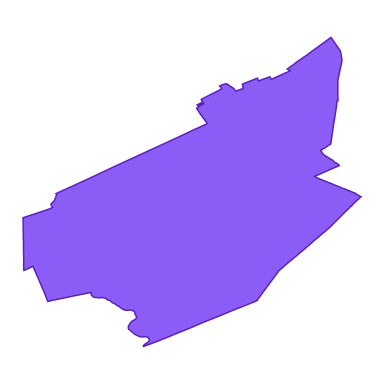 Valeni, Olt, Romania
{"feature_id": "2599482B13933733442001", "entity_name": "Valeni", "entity_type": "district", "adm_level": 2, "iso_a3": "ROU", "parent_name": "Romania", "parent_adm1": "Olt", "projection": "robinson", "projection_center": [24.773, 44.228], "detail": "fine", "context": "isolated", "style": "filled", "palette": "violet", "viewbox_px": 384, "rotation_deg": 0, "n_neighbors": 0, "source": "geoboundaries", "source_scale": "gbopen_adm2", "svg_char_len": 5869}
<svg xmlns="http://www.w3.org/2000/svg" viewBox="0 0 384 384"><path d="M257.3,300.4L257.6,299.6L269.2,283.9L278.9,270.8L287.7,263.1L302.2,251.0L315.2,239.7L318.6,237.0L318.7,236.8L323.8,232.3L324.2,232.2L326.1,230.6L329.7,227.5L334.5,222.6L337.8,219.4L338.7,218.4L340.1,217.1L341.6,215.5L342.7,214.4L343.9,213.2L344.8,212.2L347.8,209.5L348.8,208.5L349.3,208.0L349.9,207.0L350.2,206.8L351.6,206.1L351.8,205.8L352.2,205.2L352.8,204.4L353.8,203.5L354.6,202.5L355.1,202.1L356.1,201.4L356.5,201.0L356.6,200.8L357.8,199.7L358.8,198.9L359.2,198.5L359.6,198.1L360.3,197.4L360.6,197.0L361.0,196.8L359.2,195.7L358.1,195.2L357.0,194.5L356.3,194.1L356.0,193.9L355.8,193.6L355.6,193.4L355.3,193.2L354.9,193.0L354.5,193.0L352.6,192.3L352.1,192.0L349.8,191.0L347.9,190.4L347.3,190.0L346.5,189.7L344.2,188.8L343.0,188.4L341.8,188.0L341.4,187.8L340.1,187.1L339.1,186.8L338.3,186.4L338.0,186.3L337.4,186.1L335.4,185.3L333.1,184.4L331.7,183.7L330.1,183.1L329.7,183.0L329.2,182.8L325.1,181.1L324.6,181.0L324.0,180.7L323.8,180.6L321.8,179.8L320.7,179.4L319.0,178.7L317.8,178.3L316.1,177.2L314.8,176.3L316.7,175.5L327.5,170.7L333.7,168.0L339.3,165.6L339.1,165.2L338.6,164.7L338.1,164.4L337.8,164.2L336.7,163.1L336.3,163.0L335.9,163.1L335.5,163.1L335.4,163.0L334.7,162.2L333.5,161.1L333.0,160.6L332.2,160.0L331.8,159.7L331.1,159.4L330.2,158.9L329.6,158.5L327.8,157.2L327.3,156.9L326.4,156.5L325.8,156.1L324.2,155.0L323.7,154.6L323.4,154.4L322.9,153.8L322.4,153.2L321.2,151.2L320.6,150.1L321.8,149.6L322.3,149.4L325.4,147.6L325.8,147.3L328.5,145.4L329.0,145.1L330.3,144.3L330.7,144.1L331.0,142.6L331.4,139.7L331.5,139.0L331.7,137.4L331.9,135.9L332.1,134.6L332.3,133.5L332.3,133.1L332.4,132.6L332.7,130.8L333.2,127.2L333.6,124.4L334.4,119.8L336.2,108.4L336.8,102.9L337.0,101.8L337.0,101.0L338.0,100.8L338.0,99.5L337.9,97.3L337.8,93.3L337.8,91.0L337.9,90.0L337.9,88.4L337.9,87.0L337.9,85.9L337.8,85.1L337.9,81.2L337.9,80.5L338.0,79.7L339.1,74.3L339.8,70.9L340.4,68.0L340.9,66.0L341.3,63.9L341.9,61.1L341.9,60.6L341.9,59.9L341.6,57.7L340.6,51.8L340.4,51.2L340.3,50.8L338.8,48.6L337.3,46.5L336.6,45.5L335.9,44.5L334.8,42.9L333.9,41.5L332.9,40.1L331.1,37.5L330.7,37.7L326.5,40.7L318.1,46.8L313.3,50.3L310.7,52.2L305.7,55.9L304.3,56.8L302.0,58.4L300.3,59.6L298.9,60.5L297.9,61.2L296.0,62.5L295.1,63.4L287.2,69.1L290.1,70.8L288.3,71.7L286.2,72.6L283.7,73.7L282.9,74.2L282.1,74.5L281.1,74.9L276.3,77.1L272.8,78.7L271.3,79.3L270.5,77.9L270.2,77.3L269.9,76.8L264.2,78.8L258.6,80.9L258.4,80.9L258.2,80.8L258.0,80.2L257.9,79.6L257.7,78.5L257.6,78.2L257.4,78.2L242.4,84.1L242.8,86.1L243.1,88.5L235.4,91.2L234.8,90.2L234.0,88.8L233.7,88.4L232.9,87.9L230.3,86.2L228.6,85.0L226.5,83.7L225.2,83.9L224.3,84.1L221.5,85.1L220.3,85.8L219.7,85.9L220.6,87.2L221.5,89.0L221.0,89.3L217.8,91.0L217.0,91.3L215.5,92.1L212.4,93.7L211.1,94.3L207.8,96.0L207.0,96.4L205.3,97.3L203.8,98.0L203.2,98.4L202.4,98.8L201.2,99.5L201.7,100.3L202.7,102.0L197.1,104.9L198.1,106.1L203.4,103.3L203.7,103.8L198.5,106.5L198.8,106.9L196.6,108.2L200.2,113.9L207.4,123.6L203.9,125.2L200.6,126.7L198.7,127.6L194.6,129.4L178.3,137.1L116.9,165.4L101.1,172.8L87.6,179.2L56.0,193.6L56.4,194.2L56.4,194.5L56.5,194.9L55.8,196.9L55.2,198.7L54.4,200.5L51.1,203.9L51.1,204.7L51.5,205.9L52.6,207.4L52.4,207.6L49.7,208.8L43.1,211.1L23.1,217.7L23.0,218.2L23.1,220.0L23.2,229.9L23.3,233.4L23.3,235.2L23.3,236.3L23.3,237.8L23.4,239.3L23.4,240.6L23.5,241.7L23.5,246.3L23.5,250.9L23.5,251.7L23.6,252.1L23.6,252.6L23.6,253.2L23.6,254.0L23.7,255.7L23.7,258.1L23.7,261.9L23.6,263.6L23.7,265.8L23.7,266.9L23.7,267.7L23.7,268.5L23.8,269.6L23.7,270.0L23.8,270.1L24.0,270.5L26.5,269.3L27.9,268.7L29.7,267.9L33.0,266.3L33.5,267.6L33.7,268.0L34.0,268.8L34.6,270.2L35.0,271.0L35.8,272.9L36.4,274.3L36.9,275.5L37.3,276.2L37.6,277.0L43.9,291.6L47.8,301.5L48.9,301.2L52.0,300.4L64.5,297.9L72.4,296.2L75.7,295.5L83.5,294.0L89.5,292.8L91.1,292.5L91.2,292.8L91.2,293.3L91.2,294.2L91.2,294.4L91.2,294.6L91.3,294.8L91.6,295.3L91.9,295.6L92.4,296.1L92.6,296.3L93.4,297.0L93.7,297.1L94.0,297.3L94.3,297.4L94.6,297.5L94.8,297.5L95.1,297.5L95.6,297.4L96.0,297.4L96.6,297.5L98.2,297.8L99.0,297.9L99.7,297.8L102.5,297.6L102.8,297.7L103.5,297.8L104.2,297.9L104.8,298.1L105.3,298.3L106.0,298.6L106.4,298.9L106.6,299.2L106.9,299.5L107.7,299.9L108.0,300.0L108.6,300.2L109.8,300.6L110.2,300.8L111.0,301.4L111.2,301.5L111.3,301.7L111.4,301.8L111.9,302.3L112.1,302.5L112.3,302.7L113.2,303.1L114.3,303.5L114.7,303.8L115.8,304.5L116.6,305.1L117.1,305.4L118.2,306.0L118.9,306.4L119.0,306.4L119.1,306.6L119.5,306.7L120.4,307.5L121.0,308.0L121.7,308.6L122.2,308.9L123.1,309.3L123.7,309.7L124.4,309.9L125.0,310.1L126.0,310.2L126.8,310.3L127.7,310.3L128.7,310.2L129.2,310.1L130.0,310.0L130.7,309.9L131.1,310.1L133.2,310.9L134.0,311.4L134.3,311.7L134.6,312.0L134.8,312.6L134.8,313.2L134.9,313.7L135.1,314.2L135.5,315.0L135.9,315.5L136.2,316.0L136.3,316.5L136.5,317.0L136.4,317.5L136.2,318.2L135.9,318.8L135.4,319.1L134.8,319.7L133.7,320.2L132.5,320.9L131.4,321.8L130.6,322.6L130.2,323.0L129.4,324.5L128.9,325.3L128.6,325.7L128.4,326.3L128.3,327.5L128.4,328.6L128.5,329.0L128.7,329.3L129.0,329.6L129.5,329.8L130.0,330.0L130.3,330.3L130.7,330.9L131.7,331.8L132.6,332.4L133.2,332.9L133.8,333.6L134.5,334.2L135.5,334.7L137.0,335.4L138.7,336.2L139.9,336.6L140.8,336.8L142.3,336.9L143.1,336.9L144.3,336.8L145.5,336.8L146.6,336.9L147.6,337.1L148.1,337.4L148.8,338.4L149.2,339.3L149.3,339.9L149.3,340.4L149.0,341.0L148.6,341.6L146.8,343.0L145.7,343.6L144.6,344.5L143.6,345.4L143.2,346.2L143.4,346.5L143.8,346.4L146.9,345.2L148.6,344.6L150.0,344.1L156.8,341.5L159.1,340.6L160.9,339.9L163.8,338.7L169.2,336.6L171.7,335.5L172.2,335.2L174.5,334.3L181.8,331.4L191.8,327.3L195.1,325.9L198.7,324.3L205.2,321.6L211.5,319.1L217.3,316.8L220.9,315.3L224.0,314.0L225.4,313.5L227.2,312.7L227.8,312.4L234.3,309.8L255.6,301.3L256.1,301.0L256.6,300.5L257.3,300.4Z" fill="#8b5cf6" stroke="#5b21b6" stroke-width="1.5"/></svg>